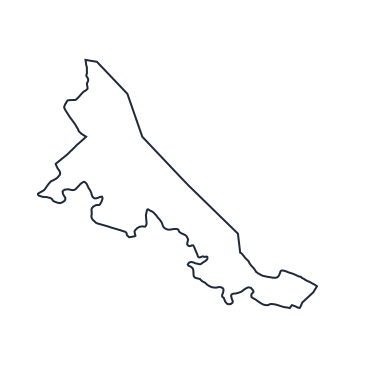 outline of Morne D'Or, Anse-la-Raye, Saint Lucia, rotated 197°
{"feature_id": "8701671B88374512548949", "entity_name": "Morne D'Or", "entity_type": "district", "adm_level": 2, "iso_a3": "LCA", "parent_name": "Saint Lucia", "parent_adm1": "Anse-la-Raye", "projection": "orthographic", "projection_center": [-61.007, 13.949], "detail": "fine", "context": "isolated", "style": "outline", "palette": "slate", "viewbox_px": 384, "rotation_deg": 197, "n_neighbors": 0, "source": "geoboundaries", "source_scale": "gbopen_adm2", "svg_char_len": 6035}
<svg xmlns="http://www.w3.org/2000/svg" viewBox="0 0 384 384"><g transform="rotate(197 192 192)"><path d="M322.9,262.2L322.2,260.8L322.2,259.8L322.6,259.2L323.2,258.3L324.1,257.0L324.9,256.5L326.3,253.7L328.2,249.5L329.6,247.0L330.3,246.0L330.6,245.8L331.3,245.6L334.4,244.6L336.6,243.8L337.7,243.2L338.5,240.7L338.4,240.1L338.9,239.1L339.1,237.4L339.0,235.4L337.2,233.4L330.6,227.8L326.1,224.5L323.6,222.6L320.9,220.1L319.3,218.7L318.6,217.8L318.0,217.0L314.7,215.3L309.4,213.9L314.7,205.1L315.3,204.3L315.7,203.6L317.7,199.7L317.9,199.4L318.7,197.9L319.2,196.9L319.3,196.7L319.6,196.4L320.3,195.1L320.8,194.2L321.2,193.2L321.3,193.1L321.8,192.3L322.2,191.5L330.6,179.1L330.5,178.9L330.0,178.3L329.1,177.1L328.5,176.5L328.1,176.0L327.6,175.5L326.2,174.4L325.5,173.9L325.3,173.8L324.8,173.2L323.8,172.1L323.4,169.8L324.5,167.3L325.3,165.7L327.9,162.8L330.0,161.0L331.5,157.8L331.5,157.7L332.4,155.3L333.1,152.8L334.0,150.5L337.9,146.4L338.8,145.3L338.4,144.3L337.9,144.0L337.1,143.7L333.8,143.7L331.6,144.0L329.3,144.7L327.4,144.7L325.8,144.9L324.0,144.4L323.2,143.7L322.0,142.9L320.6,142.6L318.7,142.5L317.0,142.5L315.2,142.7L314.4,143.1L312.6,144.6L311.4,146.2L311.0,147.3L311.1,148.2L311.4,149.3L312.2,150.1L313.3,150.9L314.4,152.0L315.3,153.3L315.9,154.7L315.5,155.7L315.0,156.3L314.4,157.0L313.4,157.5L312.3,158.0L310.6,158.5L309.1,158.6L307.3,158.8L305.6,159.3L305.0,159.8L304.1,160.7L303.8,161.4L303.2,162.6L302.3,164.4L301.6,165.7L301.0,167.1L300.9,167.3L300.1,168.3L299.6,169.0L298.6,169.9L298.3,170.2L297.3,170.1L297.0,170.0L296.6,169.9L295.4,169.1L295.0,168.9L294.0,167.8L292.9,166.5L292.1,165.7L291.9,165.3L291.2,164.8L290.6,164.5L290.4,164.3L290.2,164.1L289.6,163.4L288.2,161.9L286.8,159.6L285.4,158.1L283.7,157.4L282.0,157.8L280.4,158.8L278.7,160.2L277.0,161.2L276.6,161.2L276.2,160.7L275.7,159.8L275.6,157.9L275.7,156.6L276.0,155.0L276.3,153.7L276.5,153.1L277.1,152.4L278.1,152.1L279.7,151.5L281.0,150.4L282.2,149.0L283.0,147.3L283.0,145.8L282.2,143.9L281.4,141.4L281.2,139.6L280.4,137.9L279.0,136.5L276.2,135.2L274.4,134.3L272.0,134.3L268.0,134.4L262.1,134.5L259.7,134.4L248.3,134.5L246.2,134.4L245.9,134.3L245.6,134.4L244.8,134.5L243.6,134.2L243.0,133.9L242.5,133.4L242.1,132.7L241.7,131.9L241.4,131.5L240.4,131.1L239.0,130.4L238.5,130.6L237.2,131.1L235.3,132.2L234.0,132.8L233.5,133.3L233.3,133.5L233.4,133.9L233.5,134.0L234.3,135.3L235.0,136.5L235.4,137.3L235.4,138.0L235.0,139.2L234.3,140.6L233.7,141.6L232.9,142.4L231.9,143.4L230.4,144.2L229.1,144.7L227.6,144.9L226.6,145.3L226.3,146.1L226.1,147.6L226.4,149.2L228.2,153.6L229.3,156.4L229.7,160.9L229.5,162.3L228.9,162.6L228.5,162.5L227.8,162.3L227.6,162.2L226.5,161.9L225.5,161.9L224.7,161.7L223.2,161.3L221.1,160.2L218.9,158.9L217.2,157.5L214.7,156.1L213.0,154.7L211.7,153.6L211.4,153.1L210.5,151.9L209.7,150.8L208.6,149.9L207.3,149.3L205.5,149.0L204.2,149.0L202.4,149.4L201.2,150.0L199.8,150.7L198.0,151.5L196.2,152.1L194.9,152.2L193.8,151.8L193.2,150.9L192.7,150.3L191.9,149.9L190.7,149.6L189.6,149.3L188.1,149.2L185.7,148.8L184.3,148.1L183.2,147.1L181.8,145.3L181.7,143.8L181.6,141.7L181.2,140.4L180.0,139.6L178.5,139.5L177.4,140.1L176.5,141.0L175.4,141.3L174.5,140.6L173.4,139.5L171.8,137.5L170.3,135.7L168.9,134.1L167.5,132.1L166.7,131.6L165.6,131.6L164.3,132.5L164.1,132.7L163.5,133.2L162.7,133.6L162.4,133.7L162.0,133.6L161.5,133.5L160.4,133.8L160.0,134.1L159.6,134.4L158.9,134.5L158.4,134.4L157.9,133.4L157.8,132.5L158.0,131.6L158.9,130.1L161.3,127.3L162.5,125.6L163.7,125.1L166.0,125.0L167.8,124.8L168.7,124.8L169.5,125.1L172.1,124.9L172.9,124.5L174.0,123.8L174.7,122.4L174.8,121.4L174.0,120.6L171.8,120.3L170.4,119.9L168.7,118.9L167.7,117.2L166.3,113.2L165.5,111.8L164.5,111.1L163.2,110.9L161.3,111.0L158.8,111.1L157.5,110.2L155.6,109.5L154.4,109.3L153.0,109.1L150.2,107.7L147.6,107.0L144.9,106.8L142.8,107.1L140.8,107.7L138.4,109.0L136.6,109.4L134.6,109.1L133.5,108.2L133.0,106.6L132.9,104.1L133.1,102.4L132.7,101.1L132.0,100.4L130.8,100.2L128.1,96.8L125.6,95.3L123.6,95.5L122.0,96.4L120.9,98.0L121.0,99.4L123.0,101.8L123.7,103.3L124.0,103.5L124.3,104.4L124.2,105.5L123.6,106.3L122.4,107.0L120.2,107.9L118.8,108.7L117.9,109.4L117.7,109.5L116.8,110.2L115.7,111.1L114.5,112.7L113.4,114.2L112.1,115.7L110.7,117.0L109.8,117.4L108.7,117.5L107.6,117.5L106.3,116.7L105.0,115.9L104.2,115.0L104.0,114.3L105.2,111.9L105.0,110.1L104.2,108.8L102.5,108.3L100.0,107.8L97.1,106.8L93.8,105.8L90.7,105.2L89.2,105.3L87.7,105.5L86.0,106.2L85.4,106.7L84.6,107.6L82.7,108.3L79.5,108.8L76.6,108.9L73.3,108.8L69.8,108.9L67.2,109.4L66.0,109.5L64.6,109.6L64.6,109.9L64.2,110.6L64.0,111.3L63.7,112.4L63.5,112.8L63.4,113.0L62.9,113.0L62.7,113.0L62.4,113.0L61.8,113.0L61.7,113.0L60.7,112.9L60.4,112.9L60.2,112.9L59.4,112.8L58.8,112.7L57.5,112.5L57.2,112.4L56.7,112.4L56.1,112.5L55.1,112.6L54.8,113.7L54.3,117.6L54.1,118.8L46.7,131.5L46.3,133.1L44.9,138.4L47.1,139.1L50.9,139.9L52.7,140.3L53.6,140.5L54.9,140.5L58.1,141.1L59.2,141.6L61.6,141.9L62.3,142.3L63.3,142.8L63.8,142.6L64.4,142.5L65.3,142.5L66.4,142.7L68.2,142.9L69.7,143.1L71.1,143.3L72.7,143.3L74.0,143.4L74.9,143.4L75.3,143.3L76.7,143.4L78.6,143.6L79.1,143.6L80.5,143.7L81.0,143.6L82.4,143.4L83.1,143.3L83.6,142.8L84.0,142.4L84.2,141.4L84.1,140.7L84.2,139.9L84.4,138.0L84.8,136.4L85.1,136.0L85.7,135.2L86.5,134.7L87.5,134.2L88.6,134.0L90.0,133.6L90.6,133.6L93.4,133.2L94.7,133.0L98.0,132.7L99.3,132.6L100.1,132.6L100.9,132.7L102.2,132.9L102.7,133.1L105.7,133.7L106.4,134.1L107.6,134.5L108.0,135.0L109.0,135.9L109.3,136.1L110.1,136.6L111.1,137.4L113.1,138.5L113.7,138.9L114.4,139.3L115.3,140.0L116.0,140.5L116.8,141.4L117.3,142.0L118.6,142.8L119.7,143.4L121.3,144.2L122.3,144.8L122.7,145.1L123.5,145.7L123.7,145.9L125.1,146.7L125.8,147.3L126.7,147.7L127.3,148.0L127.5,148.0L128.2,148.1L135.9,165.6L196.8,197.0L207.1,202.7L255.7,230.3L282.5,267.0L321.0,288.7L332.5,287.2L332.2,286.5L331.2,284.6L330.2,282.3L329.0,280.6L328.1,277.6L327.2,275.0L327.2,273.9L327.2,272.7L326.7,271.8L325.7,271.1L324.3,269.6L323.9,268.3L323.9,266.7L324.3,265.4L323.8,263.9L322.9,262.2Z" fill="none" stroke="#1e293b" stroke-width="2"/></g></svg>